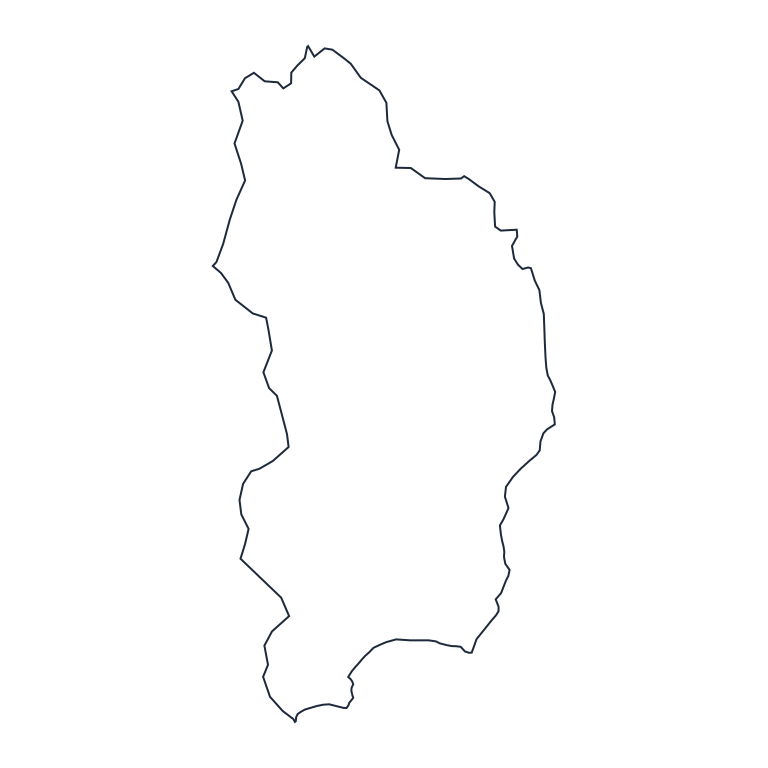 Avdimou, Limassol, Cyprus (Equal Earth projection)
{"feature_id": "46923920B67900362535840", "entity_name": "Avdimou", "entity_type": "district", "adm_level": 2, "iso_a3": "CYP", "parent_name": "Cyprus", "parent_adm1": "Limassol", "projection": "equal_earth", "projection_center": [32.763, 34.683], "detail": "fine", "context": "isolated", "style": "outline", "palette": "slate", "viewbox_px": 768, "rotation_deg": 0, "n_neighbors": 0, "source": "geoboundaries", "source_scale": "gbopen_adm2", "svg_char_len": 2303}
<svg xmlns="http://www.w3.org/2000/svg" viewBox="0 0 768 768"><path d="M294.9,721.9L295.8,721.1L296.2,717.0L297.7,714.0L300.9,711.8L304.8,709.6L309.4,708.2L316.5,706.1L323.2,704.7L329.2,704.3L337.1,706.3L343.5,707.9L346.5,708.0L348.5,705.2L349.3,702.7L351.9,699.6L353.2,697.8L352.3,694.9L351.4,691.2L351.5,688.1L353.2,684.3L352.3,681.6L350.7,679.2L348.2,677.0L351.9,671.1L355.2,667.2L358.4,663.6L361.1,660.4L364.8,656.2L368.9,652.6L373.5,647.8L380.4,644.6L386.3,642.1L396.1,639.4L409.8,640.3L416.9,640.3L428.4,640.3L436.0,641.4L439.7,643.3L446.1,645.0L451.9,646.1L456.0,646.2L460.7,646.8L465.0,651.5L469.0,652.8L471.7,652.6L471.8,652.3L473.8,646.9L476.5,639.2L483.9,630.0L491.9,620.0L495.9,615.4L498.5,611.4L498.6,606.9L495.7,599.3L501.1,593.1L503.8,586.1L506.1,580.3L508.3,576.0L509.6,570.0L505.3,563.8L504.0,557.0L504.3,551.9L503.5,546.2L502.3,541.7L501.0,535.0L499.9,525.5L503.5,519.2L508.5,508.1L504.9,496.7L506.0,486.9L512.9,477.0L520.4,469.0L529.4,460.8L536.5,454.9L539.7,450.4L540.5,441.3L543.4,433.3L547.1,429.3L554.8,424.4L554.2,417.4L552.0,411.1L552.5,404.7L553.7,399.4L555.2,392.0L552.5,385.4L550.2,380.1L547.8,375.6L546.3,367.7L545.5,357.2L544.8,342.1L544.4,330.1L543.8,314.0L540.9,302.8L539.4,290.2L534.8,280.6L530.9,268.2L528.1,267.5L522.5,269.0L517.9,264.6L514.1,258.5L512.0,245.9L517.3,236.5L516.7,229.7L500.8,230.6L495.1,226.6L494.3,212.3L494.7,201.8L489.7,193.2L478.6,186.3L468.6,178.9L464.1,176.2L461.0,178.5L445.4,179.0L425.1,178.2L410.8,168.0L395.7,167.7L399.2,149.8L391.7,135.0L387.4,121.2L386.4,102.8L379.4,90.4L360.8,77.8L350.8,63.8L344.0,58.3L332.4,49.7L324.6,48.4L314.3,56.6L308.1,46.1L307.2,47.0L304.8,58.2L297.4,65.5L291.3,72.6L291.1,83.3L283.3,88.4L277.8,82.3L264.7,81.3L253.9,72.8L245.0,78.2L238.4,89.0L231.6,91.3L238.4,101.8L242.7,120.7L234.5,143.5L241.1,163.7L245.1,180.5L236.4,199.8L229.8,219.6L223.1,244.1L216.4,262.1L212.8,266.0L220.9,272.9L228.2,282.8L235.4,299.8L252.7,313.4L266.1,317.7L268.5,330.0L271.9,350.5L263.4,372.3L269.1,388.1L276.9,395.8L281.7,413.9L287.0,434.2L288.6,447.0L272.8,461.0L259.3,468.8L251.2,471.3L243.1,483.8L239.5,499.9L241.3,514.4L248.6,528.9L245.1,543.9L240.5,558.7L281.2,597.7L289.1,616.1L272.0,631.4L264.4,645.6L268.0,664.8L263.1,676.8L270.0,696.8L282.7,711.0L293.4,719.1L294.9,721.9Z" fill="none" stroke="#1e293b" stroke-width="2"/></svg>